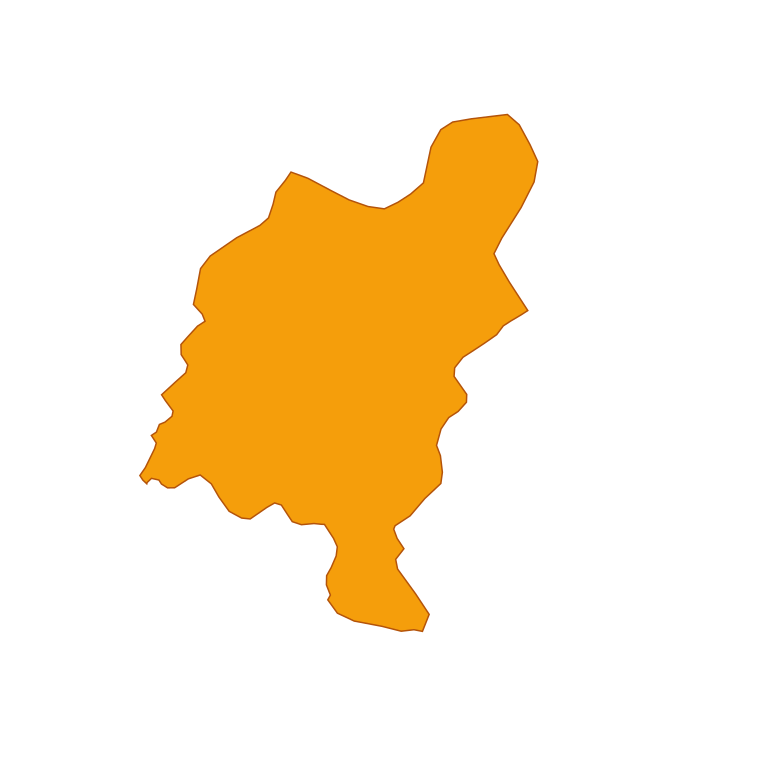 the border of Zenica-Doboj, rotated 57°
{"feature_id": "BIH-2889", "entity_name": "Zenica-Doboj", "entity_type": "Canton", "adm_level": 1, "iso_a3": "BIH", "parent_name": "Bosnia and Herzegovina", "parent_adm1": "", "projection": "albers", "projection_center": [18.196, 44.316], "detail": "fine", "context": "isolated", "style": "filled", "palette": "amber", "viewbox_px": 768, "rotation_deg": 57, "n_neighbors": 0, "source": "natural_earth", "source_scale": "10m", "svg_char_len": 1682}
<svg xmlns="http://www.w3.org/2000/svg" viewBox="0 0 768 768"><g transform="rotate(57 384 384)"><path d="M155.6,346.6L170.0,335.8L192.2,323.5L210.6,313.0L226.5,300.7L237.3,288.3L239.2,273.3L239.2,258.2L236.8,241.4L226.1,230.7L211.0,215.6L201.6,197.8L201.7,183.7L209.3,166.0L225.2,133.7L240.3,129.4L262.9,131.2L281.2,133.9L296.3,148.1L310.7,172.9L325.8,205.7L334.6,220.8L346.6,222.5L366.8,223.4L400.7,223.4L400.7,231.3L400.2,243.3L400.2,252.3L404.0,262.7L404.5,277.7L404.6,290.4L404.6,303.2L408.9,315.9L415.8,321.1L437.8,320.3L444.2,324.8L447.4,336.8L447.4,348.0L452.8,360.7L464.1,373.4L474.8,375.7L489.8,383.1L498.4,390.5L502.3,412.2L508.8,433.9L508.9,451.9L511.0,454.9L520.7,457.1L533.0,457.0L537.4,469.7L546.6,473.4L577.2,471.8L601.8,471.6L612.4,486.5L606.4,492.7L600.7,504.2L586.2,517.6L566.6,538.1L550.8,547.9L534.4,548.7L531.8,543.9L521.1,541.7L513.5,536.5L509.2,528.3L502.2,517.8L495.1,511.8L486.0,510.4L478.5,510.4L469.3,510.4L467.7,512.7L462.9,518.7L457.0,529.9L449.5,535.9L440.9,536.0L429.6,536.0L424.2,540.5L423.7,549.5L424.3,569.7L418.9,576.4L406.5,583.2L388.8,584.0L373.7,583.2L360.2,587.7L357.0,599.7L357.0,616.1L353.2,622.1L346.7,625.1L341.9,625.1L336.5,630.4L337.6,636.3L338.5,637.3L333.2,638.6L327.8,638.6L324.1,629.6L313.3,611.6L309.5,607.1L305.8,607.1L300.4,607.1L300.4,601.1L295.6,594.4L296.7,588.4L295.6,579.4L291.8,575.6L278.9,576.4L271.9,576.4L268.7,557.6L266.6,544.1L261.2,538.2L256.4,538.1L248.9,538.1L240.3,532.8L237.6,523.1L233.9,508.9L233.9,499.9L226.4,498.4L213.5,500.5L202.3,489.3L187.3,475.0L182.0,460.0L181.1,427.8L183.4,401.6L181.8,390.4L172.8,379.1L164.2,370.1L159.5,355.8L155.6,346.6Z" fill="#f59e0b" stroke="#b45309" stroke-width="1.5"/></g></svg>